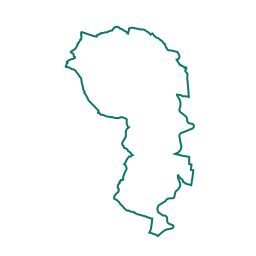 outline of Barbatesti, Gorj, Romania, rotated 12°
{"feature_id": "2599482B4781190450425", "entity_name": "Barbatesti", "entity_type": "district", "adm_level": 2, "iso_a3": "ROU", "parent_name": "Romania", "parent_adm1": "Gorj", "projection": "natural_earth1", "projection_center": [23.486, 44.864], "detail": "fine", "context": "isolated", "style": "outline", "palette": "teal", "viewbox_px": 256, "rotation_deg": 12, "n_neighbors": 0, "source": "geoboundaries", "source_scale": "gbopen_adm2", "svg_char_len": 5781}
<svg xmlns="http://www.w3.org/2000/svg" viewBox="0 0 256 256"><g transform="rotate(12 128 128)"><path d="M179.8,227.5L181.6,224.8L184.7,221.0L185.6,220.1L187.7,218.8L189.8,218.1L192.2,216.9L192.6,216.5L192.9,215.8L193.0,215.3L193.0,214.8L192.7,214.4L192.2,213.9L191.5,213.6L188.2,213.2L187.5,213.0L186.6,212.4L186.1,211.6L185.6,210.6L185.2,208.6L184.9,207.8L184.5,207.2L183.9,206.6L182.6,206.0L181.2,206.1L180.5,206.3L179.6,206.1L177.6,205.1L175.7,204.4L175.0,204.0L174.6,203.3L173.9,201.9L173.6,201.2L173.5,199.8L173.5,199.1L173.7,198.2L174.0,197.6L174.4,196.9L176.8,194.7L178.7,192.7L180.0,191.6L180.3,190.8L180.4,190.2L180.8,189.6L182.2,188.6L183.9,188.0L185.8,187.6L186.6,187.3L187.4,186.6L187.6,186.2L187.7,185.4L187.6,182.7L187.6,181.0L188.3,179.4L189.3,178.3L190.0,177.2L191.1,173.7L190.5,171.4L190.1,170.7L188.7,168.6L187.3,166.4L186.9,165.5L186.6,163.9L186.9,163.8L187.4,164.0L187.7,165.1L188.2,165.6L188.9,165.5L189.4,166.0L191.1,166.8L191.8,167.2L192.6,168.0L193.1,168.9L193.2,169.4L195.2,169.8L195.9,170.4L201.7,170.8L201.7,169.3L201.4,165.0L201.4,163.7L200.7,155.8L198.2,155.9L197.7,150.5L195.4,150.6L195.0,148.3L194.5,147.0L194.3,145.2L193.8,143.5L186.8,143.8L179.4,143.6L180.7,142.6L182.0,141.8L182.5,140.9L183.2,139.9L183.9,138.5L184.2,136.9L184.0,134.6L183.6,134.0L183.3,133.7L182.6,131.6L182.0,130.5L180.1,125.7L179.8,124.6L179.9,123.6L180.3,122.7L180.9,121.9L184.3,119.8L189.1,116.4L190.5,115.6L191.3,115.0L192.1,113.6L192.0,112.1L191.2,111.1L190.4,110.7L189.7,110.6L186.8,110.7L185.5,110.1L184.6,109.2L183.6,106.2L182.5,104.8L180.6,103.8L176.6,101.9L176.0,101.6L175.3,101.0L174.8,100.4L174.5,99.1L174.5,97.3L174.7,96.6L174.7,96.2L174.6,95.0L174.2,92.8L173.8,91.8L172.9,90.1L171.9,88.7L169.0,85.6L169.0,85.3L169.1,85.0L170.7,85.0L172.4,84.8L173.8,85.2L174.5,85.6L175.6,85.5L176.2,85.3L179.2,84.9L180.3,84.9L181.0,85.0L179.1,78.2L177.9,74.5L176.7,70.1L175.8,68.0L175.3,65.3L175.0,63.2L174.9,62.6L174.3,62.0L173.2,61.5L172.4,60.4L172.0,60.1L172.7,58.3L172.7,57.8L172.3,57.6L171.3,57.5L171.8,56.8L171.7,56.8L168.3,56.2L168.1,56.2L168.0,55.9L167.8,55.8L165.5,55.4L163.7,53.4L161.7,51.5L161.3,51.0L162.6,50.2L163.3,49.5L163.6,48.8L163.5,47.5L162.9,46.2L161.4,44.2L160.4,43.3L157.6,43.3L153.8,43.2L152.3,43.4L151.4,43.7L150.3,42.9L149.9,42.8L148.8,41.4L148.3,41.0L146.5,38.1L145.4,37.9L145.2,37.7L144.7,37.0L142.5,35.5L141.6,35.3L140.1,34.5L138.9,33.9L137.2,33.7L135.7,33.1L135.1,32.8L132.3,30.4L131.2,31.0L130.8,31.8L130.6,31.6L129.3,31.1L128.2,30.2L126.0,29.6L123.7,28.5L122.4,28.5L121.6,28.7L120.8,29.0L119.9,28.8L118.5,29.1L117.5,28.9L116.6,29.1L115.5,28.9L114.4,29.0L111.8,28.9L110.6,29.2L109.5,29.9L108.5,30.3L108.3,30.4L108.3,30.8L108.6,32.6L108.4,34.4L108.5,35.7L108.3,35.7L107.8,35.6L106.7,34.4L106.1,34.1L104.6,33.9L102.4,32.9L101.2,32.7L100.5,32.3L100.0,32.5L99.3,32.4L98.4,31.6L97.7,31.5L97.1,31.2L95.0,31.6L94.1,32.5L93.4,32.8L93.2,33.6L92.9,34.0L92.7,34.6L92.3,35.8L92.1,36.0L91.1,36.3L90.2,36.9L89.5,37.1L87.7,38.8L87.3,38.9L86.0,39.0L84.5,40.0L83.3,40.3L82.5,40.6L82.1,41.0L81.4,41.1L81.3,41.8L80.7,42.3L79.8,42.6L79.0,43.0L78.9,43.1L78.9,43.6L78.6,43.6L78.2,44.2L77.9,44.9L78.1,45.2L77.9,45.3L77.7,45.2L76.2,45.1L75.8,45.2L74.1,45.1L73.2,44.9L69.4,44.6L63.4,43.8L62.9,43.9L63.1,44.3L62.6,44.4L62.4,44.7L62.3,45.5L62.5,46.1L63.0,46.5L63.1,47.6L63.5,48.2L63.4,48.6L63.6,49.1L63.6,49.9L63.7,50.4L63.5,50.9L63.6,51.4L63.0,51.6L62.5,53.7L62.0,54.4L61.9,55.1L61.1,56.5L61.4,56.8L61.3,57.7L60.0,61.3L59.7,61.9L56.2,65.3L57.3,66.4L58.9,66.6L59.3,67.0L59.5,67.2L59.8,68.5L60.1,69.2L60.4,69.4L61.3,69.6L61.4,70.7L58.9,72.3L58.3,72.5L57.2,73.2L56.6,73.7L56.1,74.0L55.5,74.6L55.0,75.4L54.4,75.9L54.3,76.2L54.4,76.3L55.3,76.8L55.1,77.0L54.9,77.2L54.6,78.7L54.6,79.9L54.3,80.4L54.3,80.5L54.6,80.6L54.6,81.1L57.0,81.0L58.2,81.2L60.6,82.0L61.4,82.1L62.2,82.0L63.5,82.2L65.1,83.1L65.7,83.9L67.0,84.8L68.7,86.3L70.3,88.0L71.3,88.6L72.1,89.9L72.6,91.4L73.1,92.3L73.4,93.4L75.3,97.2L75.9,99.1L76.4,99.9L78.1,101.6L78.2,102.1L77.9,102.4L80.7,105.3L83.7,109.2L95.6,117.2L95.8,118.0L95.8,118.3L95.5,118.5L95.6,118.8L95.6,119.4L96.7,119.2L97.9,119.9L98.1,120.4L99.2,120.8L100.6,120.3L103.4,120.9L104.5,121.1L105.8,121.1L106.6,120.9L108.6,121.1L109.0,121.0L109.4,120.7L111.1,120.7L112.6,120.9L114.1,120.7L115.9,120.4L116.7,120.4L117.9,119.6L118.4,119.0L120.1,118.6L121.6,118.9L123.0,119.0L124.0,119.3L125.0,119.9L125.2,120.4L125.4,122.8L126.2,124.6L127.5,126.7L127.9,127.0L128.7,127.1L127.2,129.1L126.7,130.5L126.6,132.5L127.3,134.5L127.7,136.8L127.1,138.4L127.0,139.3L126.2,141.0L125.8,142.9L125.5,143.7L125.6,144.8L126.5,146.2L126.8,146.4L127.4,146.6L127.8,147.7L128.2,148.3L129.1,148.3L131.0,148.7L132.2,149.5L132.8,150.4L133.1,150.5L134.5,151.2L135.6,151.5L136.1,152.3L137.6,153.4L138.1,153.6L137.6,153.9L136.9,154.8L136.5,155.4L135.2,155.6L134.9,155.9L134.4,157.0L133.6,158.5L133.1,160.2L132.7,161.5L132.7,162.5L132.5,163.2L132.3,163.7L131.8,164.2L133.0,164.8L133.6,165.2L135.0,167.6L135.1,168.3L135.1,168.7L134.1,172.6L133.8,173.3L133.9,174.5L133.6,175.9L133.5,176.0L133.4,176.2L133.6,178.0L134.1,179.6L133.8,179.9L133.2,179.8L131.9,180.2L131.8,181.7L131.5,182.2L130.9,182.2L130.8,182.7L130.8,183.0L131.2,183.5L131.1,184.0L130.4,184.9L130.1,185.6L130.2,186.7L130.0,187.3L130.4,188.6L131.4,189.5L131.7,189.6L131.7,189.9L131.6,190.8L132.0,192.0L131.8,192.5L131.4,193.1L130.1,194.8L129.3,196.5L129.3,196.8L128.8,197.4L128.9,198.1L128.8,198.9L129.3,200.1L129.8,200.4L131.4,200.5L133.1,201.4L135.0,202.6L136.0,203.8L140.1,206.4L141.0,207.3L142.3,208.1L144.1,208.9L144.6,209.0L145.9,208.6L146.2,208.6L147.2,209.2L150.3,209.0L151.5,209.5L152.3,209.3L152.9,209.8L154.3,210.3L164.4,210.9L164.4,211.1L170.0,211.7L170.6,211.6L171.1,216.5L171.4,221.4L171.3,223.2L170.6,225.9L172.9,226.0L178.0,226.7L178.9,226.9L179.8,227.5Z" fill="none" stroke="#0f766e" stroke-width="2"/></g></svg>